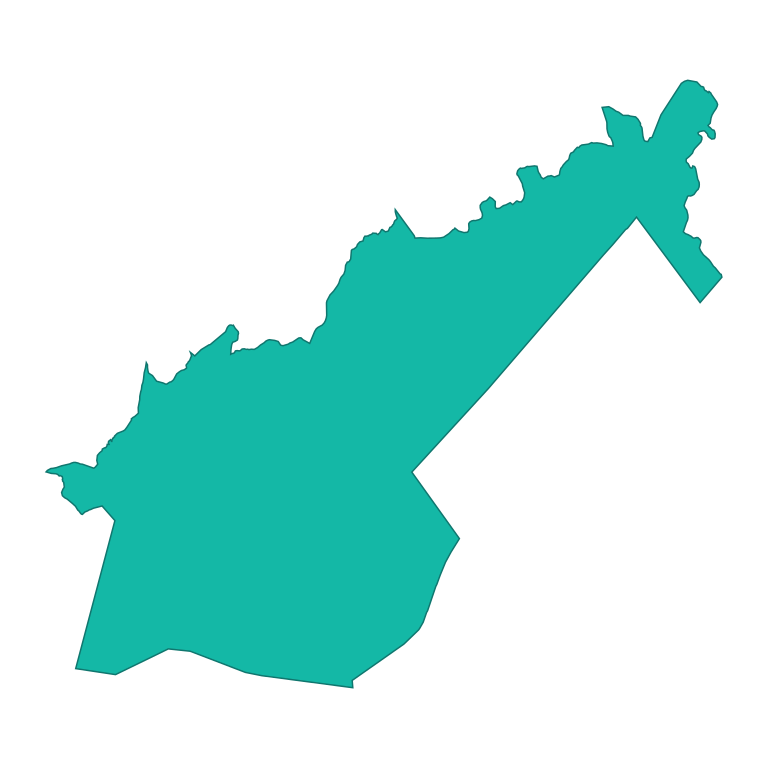 El Barrio de la Soledad, Oaxaca, Mexico
{"feature_id": "50627088B42092688569481", "entity_name": "El Barrio de la Soledad", "entity_type": "district", "adm_level": 2, "iso_a3": "MEX", "parent_name": "Mexico", "parent_adm1": "Oaxaca", "projection": "equal_earth", "projection_center": [-95.026, 16.802], "detail": "fine", "context": "isolated", "style": "filled", "palette": "teal", "viewbox_px": 768, "rotation_deg": 0, "n_neighbors": 0, "source": "geoboundaries", "source_scale": "gbopen_adm2", "svg_char_len": 6069}
<svg xmlns="http://www.w3.org/2000/svg" viewBox="0 0 768 768"><path d="M352.8,687.7L352.2,680.4L404.0,644.0L418.6,629.9L419.6,628.5L423.2,622.2L426.6,612.4L427.6,610.7L435.8,586.4L436.8,584.4L440.2,575.1L445.5,562.2L451.0,552.1L459.4,538.6L411.8,472.1L488.3,388.6L603.4,255.0L612.7,244.7L625.6,229.5L627.4,228.4L636.5,217.1L700.1,302.6L721.9,277.2L721.2,274.4L720.0,273.8L715.3,267.9L713.4,266.2L710.4,261.6L708.8,259.6L703.4,254.8L700.8,251.1L699.4,247.9L700.9,242.4L700.8,240.8L700.1,239.7L698.0,237.7L696.8,237.5L694.0,238.2L692.8,237.8L691.3,236.4L688.0,234.6L685.5,233.7L683.3,231.8L686.4,222.6L687.5,220.3L688.0,217.8L687.9,215.1L686.7,210.2L684.9,207.7L684.1,205.6L685.2,202.1L687.0,198.1L687.5,196.5L688.6,195.8L690.6,196.0L692.3,195.4L694.0,194.4L696.7,190.6L698.1,189.4L699.1,186.9L699.3,184.5L699.1,182.3L697.7,179.2L695.7,168.9L694.8,166.9L694.0,166.3L692.7,166.0L692.2,167.9L691.0,168.1L690.0,167.3L688.2,163.7L686.5,162.3L686.1,160.6L686.3,159.0L689.6,156.2L692.5,153.1L693.5,150.4L694.8,148.5L700.8,142.1L701.8,139.5L701.9,137.3L701.2,136.2L698.7,134.7L698.1,133.5L698.0,132.8L699.6,131.6L703.4,130.8L704.7,131.0L707.4,133.9L708.0,136.0L709.2,137.3L711.7,139.1L714.3,138.7L715.0,137.5L715.2,133.8L714.5,131.2L713.8,130.1L712.7,130.0L711.5,129.1L710.3,127.7L709.1,126.9L708.0,125.4L710.2,123.2L711.0,118.1L712.0,115.1L713.9,111.8L716.1,108.6L717.2,106.2L717.6,104.5L716.7,102.0L711.3,94.2L710.8,93.0L709.0,91.5L708.3,92.6L706.2,90.9L705.0,90.4L704.3,89.4L703.6,87.2L702.7,86.7L701.0,86.4L696.9,82.0L687.7,80.3L684.5,81.3L681.3,83.4L661.0,114.8L652.1,137.4L649.9,137.9L647.8,141.6L645.1,141.2L643.9,139.9L642.9,136.0L642.0,128.0L641.3,126.5L640.4,125.6L640.5,123.6L640.2,122.9L638.0,119.3L635.6,116.9L630.2,116.1L628.3,115.4L623.0,115.4L618.7,112.2L616.0,111.2L613.0,109.0L608.8,106.7L602.1,107.4L606.6,121.3L606.9,122.8L607.0,128.8L607.7,132.4L608.9,135.8L609.5,136.8L610.7,137.6L612.2,140.9L612.8,142.7L613.2,146.1L607.9,145.7L606.1,144.7L601.6,143.5L597.0,142.9L593.3,143.1L591.6,142.6L588.5,144.1L581.8,145.0L580.0,146.1L578.9,147.6L577.3,147.3L574.3,150.5L573.6,151.8L570.7,153.3L569.7,155.6L569.1,158.5L568.4,159.9L566.4,161.5L563.3,164.9L562.2,166.8L560.8,168.4L559.9,171.5L559.5,174.4L559.1,175.1L554.4,177.0L551.2,175.6L549.3,176.1L548.0,176.1L543.3,178.8L541.2,177.3L540.1,174.7L539.0,173.1L538.2,171.5L537.0,166.3L534.5,165.9L528.9,166.6L527.6,166.4L526.7,166.6L524.7,167.9L521.2,168.4L520.3,168.1L518.7,169.4L517.6,170.9L516.9,173.6L517.1,174.8L517.9,175.4L518.7,176.7L522.3,183.7L522.7,186.3L524.7,192.7L524.1,197.2L523.3,199.2L522.3,200.7L521.2,201.9L518.9,201.9L517.6,201.1L516.5,201.1L512.8,204.6L510.2,202.7L505.9,204.9L503.4,205.6L499.5,208.3L496.2,208.6L495.2,206.7L495.3,201.5L492.4,198.7L489.8,197.1L487.0,200.2L485.8,201.0L483.9,201.5L482.2,202.5L480.2,205.3L480.2,207.6L480.5,209.2L482.1,212.8L482.5,215.4L481.8,218.1L479.2,219.6L475.5,220.6L473.5,220.5L471.5,221.0L469.6,222.2L468.7,223.8L469.0,228.7L468.4,231.1L467.5,232.2L464.0,232.6L458.5,231.0L454.9,228.1L454.1,229.3L453.0,229.7L449.0,233.6L443.6,237.2L440.3,237.9L436.2,238.1L427.3,238.2L420.6,237.8L415.0,238.1L414.3,235.9L413.6,234.8L395.3,209.7L395.3,211.8L395.7,213.5L396.6,216.6L397.3,218.2L396.4,219.5L394.8,220.8L394.3,221.8L393.5,224.2L392.6,225.0L392.0,226.1L391.2,226.9L389.9,227.4L388.6,230.4L388.0,231.2L385.4,231.8L382.2,229.5L381.6,229.7L379.6,233.1L378.6,233.8L378.1,234.6L377.3,234.4L376.4,233.4L372.8,233.1L371.6,234.3L369.1,235.2L368.3,236.0L367.3,235.9L366.2,236.3L365.0,236.1L363.9,237.7L363.0,241.0L359.8,241.9L357.5,244.4L356.6,246.8L354.1,248.9L352.2,249.5L351.4,250.4L350.7,259.0L349.2,261.5L348.1,262.1L347.3,262.1L345.6,265.3L345.1,270.4L343.9,274.0L341.1,277.3L340.1,279.3L338.9,283.1L337.7,285.3L333.7,291.0L330.1,294.8L327.0,300.7L326.5,302.7L326.5,304.3L326.7,315.4L326.3,317.9L325.3,320.9L324.1,323.0L322.2,325.1L318.1,327.3L316.3,328.8L314.7,331.4L309.7,343.4L303.1,339.8L301.1,337.9L300.2,337.8L298.7,338.0L292.6,342.1L289.7,343.1L288.4,344.1L283.0,345.7L280.7,345.2L278.2,341.5L274.7,340.4L269.3,339.7L267.6,340.2L265.7,341.2L264.2,342.7L260.5,345.0L257.6,347.5L254.3,349.4L251.3,349.2L248.9,349.6L247.7,349.2L246.2,349.4L244.4,348.8L242.1,349.0L240.3,350.6L239.3,350.9L237.1,350.6L235.4,350.9L234.6,352.4L233.7,353.3L232.1,353.5L230.7,354.3L231.0,349.3L231.6,345.2L232.0,343.7L232.8,342.2L235.2,341.4L237.4,340.0L237.8,338.6L238.0,335.1L238.5,333.5L238.2,331.7L235.2,328.3L233.4,325.3L233.1,325.6L231.0,325.0L229.8,325.1L228.8,325.7L227.4,327.4L225.6,331.7L210.2,344.6L208.9,344.9L201.2,349.6L194.8,355.9L190.4,352.4L191.2,354.5L191.5,356.5L191.0,356.9L190.0,359.7L189.1,361.2L188.4,361.7L187.8,363.0L186.3,364.7L186.1,365.4L186.5,367.1L186.5,368.2L184.1,369.8L181.4,370.5L179.2,371.9L176.7,373.9L173.7,379.5L172.8,380.5L171.2,381.8L169.8,382.1L166.7,384.1L165.6,384.1L163.2,383.0L156.6,381.2L152.5,375.6L148.9,373.3L148.4,372.6L147.9,370.4L147.5,367.4L147.5,364.9L146.3,362.7L145.5,367.7L144.2,372.8L143.5,379.1L142.9,382.5L141.9,385.3L141.4,389.5L140.7,391.8L139.8,396.4L139.7,399.8L138.2,407.6L138.4,413.2L134.6,416.6L133.2,417.3L131.3,418.9L131.5,420.1L126.8,427.4L124.8,430.0L123.2,431.0L117.4,433.3L114.6,436.0L114.6,436.8L113.5,437.5L113.3,438.2L112.6,438.4L112.5,439.1L112.0,439.8L111.8,441.4L111.5,441.4L110.6,439.7L108.6,441.3L108.3,443.0L109.0,444.4L107.2,444.4L107.1,445.4L106.6,446.6L105.6,447.7L104.4,447.9L102.3,449.1L102.1,450.7L99.6,452.8L97.4,455.4L96.8,460.4L97.7,464.2L95.3,467.1L93.8,468.2L82.4,464.2L80.3,464.0L78.3,463.1L75.4,462.4L73.8,462.4L71.4,463.1L69.8,463.9L61.6,465.8L56.5,467.6L53.1,468.3L50.9,468.5L47.4,470.4L46.1,471.9L51.2,473.4L56.1,473.8L57.8,474.5L59.2,476.0L60.1,475.6L62.2,476.5L62.7,478.9L62.3,479.7L62.7,480.4L62.6,481.0L63.7,482.4L64.3,487.2L63.0,489.1L61.6,492.5L62.4,495.7L64.6,497.7L67.2,499.1L72.1,503.2L75.5,506.3L77.8,510.1L79.0,511.1L80.8,513.6L81.6,514.2L82.4,514.4L84.9,512.0L87.6,510.9L89.6,509.7L90.5,509.6L93.5,508.2L102.1,506.0L114.9,520.6L75.7,668.6L115.5,674.6L168.3,648.9L190.1,651.2L245.4,672.4L261.9,675.7L352.8,687.7Z" fill="#14b8a6" stroke="#0f766e" stroke-width="1.5"/></svg>